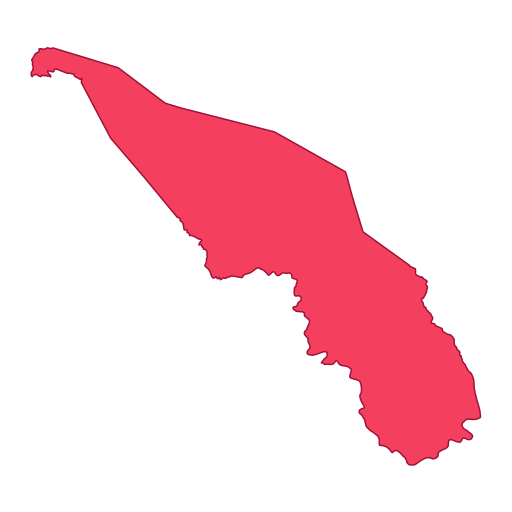 Minas de Oro, Comayagua, Honduras (Mercator projection), rotated 179°
{"feature_id": "27666195B38768397518774", "entity_name": "Minas de Oro", "entity_type": "district", "adm_level": 2, "iso_a3": "HND", "parent_name": "Honduras", "parent_adm1": "Comayagua", "projection": "mercator", "projection_center": [-87.461, 14.895], "detail": "fine", "context": "isolated", "style": "filled", "palette": "rose", "viewbox_px": 512, "rotation_deg": 179, "n_neighbors": 0, "source": "geoboundaries", "source_scale": "gbopen_adm2", "svg_char_len": 5929}
<svg xmlns="http://www.w3.org/2000/svg" viewBox="0 0 512 512"><g transform="rotate(179 256 256)"><path d="M469.0,467.0L469.4,466.1L469.1,464.7L469.3,464.3L470.0,463.7L472.0,462.8L472.9,462.2L476.7,456.2L476.7,455.0L476.1,454.3L475.9,453.8L476.2,451.6L475.4,448.7L476.1,445.5L477.3,443.7L477.5,442.9L477.6,441.3L477.1,439.6L476.7,439.3L476.4,439.8L475.5,440.7L474.2,441.1L472.4,441.3L471.5,441.0L469.6,439.6L468.1,439.1L467.9,439.1L467.2,440.3L466.7,440.5L464.7,439.9L462.9,440.2L461.2,439.4L460.1,439.7L458.5,438.7L458.1,439.1L458.2,439.7L458.7,440.6L460.3,442.2L460.5,442.7L460.7,442.9L461.0,444.6L460.5,444.7L459.7,444.7L457.6,444.0L455.4,443.7L455.0,444.0L454.2,446.1L453.8,446.4L453.2,446.4L450.9,445.9L441.9,442.1L438.1,441.8L436.1,441.1L435.0,441.3L434.4,439.2L434.0,438.7L428.9,435.8L428.4,435.8L427.1,436.4L426.9,435.5L427.0,435.1L427.4,434.9L427.6,432.5L399.3,376.4L366.7,337.0L334.0,296.0L333.2,296.0L332.6,295.7L331.4,294.8L331.3,292.7L329.1,291.0L328.6,290.1L328.2,288.6L327.4,283.5L326.4,283.2L325.3,283.4L324.6,283.1L324.3,282.5L324.7,281.1L322.6,279.6L322.2,278.8L322.1,277.8L321.9,277.6L319.7,277.6L315.6,275.6L313.6,274.2L310.7,273.6L310.2,273.1L310.0,272.8L310.1,272.4L312.1,270.2L312.7,268.9L312.8,268.1L312.6,268.0L312.0,268.3L311.2,268.5L310.8,268.3L310.2,267.4L309.7,266.0L308.5,265.1L308.5,263.8L308.2,263.7L307.1,263.6L305.9,262.9L305.4,262.0L304.7,260.0L305.0,258.1L304.8,256.9L304.5,256.0L305.5,254.4L305.7,250.6L307.0,248.3L307.2,247.5L307.2,246.9L306.9,246.4L306.3,246.1L305.2,244.9L304.0,244.0L302.2,241.1L301.0,237.3L300.3,235.9L299.8,235.2L299.1,234.8L298.3,234.8L296.1,235.8L295.7,235.5L295.1,234.1L294.3,234.0L293.4,234.2L293.1,234.9L292.7,235.0L292.0,233.0L290.8,233.5L289.1,234.8L287.2,234.1L284.0,235.5L282.5,235.7L281.3,236.3L280.4,236.5L274.9,235.5L270.7,234.6L270.1,235.0L268.6,236.9L267.8,237.7L262.0,239.3L259.5,240.9L256.5,243.1L254.9,244.0L253.9,244.3L253.2,244.1L252.4,243.3L248.7,241.7L245.6,238.7L244.5,237.1L243.8,236.6L242.9,236.9L240.4,239.3L239.0,239.9L238.3,239.9L237.8,239.5L235.8,236.6L235.3,236.3L234.6,236.1L233.8,236.1L233.0,236.4L229.4,238.8L226.0,238.2L224.2,238.4L222.5,238.4L221.5,237.7L220.6,236.3L220.4,235.4L220.5,234.1L220.3,233.5L218.8,232.7L216.6,232.2L215.8,231.5L215.4,230.9L215.0,229.3L215.2,228.9L215.7,228.6L216.0,228.1L216.5,225.3L217.7,224.1L218.1,223.2L218.5,218.5L218.3,216.6L217.8,215.8L217.1,215.3L213.2,215.5L211.5,213.5L211.4,212.6L211.7,211.6L212.3,210.5L214.7,208.6L215.2,207.6L215.6,206.2L216.4,205.1L217.7,204.6L218.7,204.6L219.3,204.4L219.8,203.9L219.9,203.2L219.7,202.6L219.4,202.1L216.8,200.1L214.6,199.7L210.2,199.3L209.2,198.8L208.7,198.1L208.7,196.3L208.4,195.2L204.4,191.6L203.8,190.6L203.6,189.4L203.8,188.3L206.0,183.5L206.5,181.8L208.5,179.7L209.0,178.6L208.8,176.6L206.4,173.9L205.4,172.4L205.3,171.9L205.5,170.4L205.3,168.9L204.0,166.5L203.6,165.2L203.6,164.0L204.1,162.4L206.0,160.3L206.5,159.4L206.6,158.5L206.3,157.5L205.9,156.9L205.1,156.5L201.3,155.8L198.2,156.4L190.4,159.0L189.0,159.2L187.8,159.0L187.1,158.5L186.7,157.8L186.5,155.6L186.7,154.6L187.5,153.4L189.3,152.1L190.2,151.2L192.3,148.5L192.4,148.1L190.4,147.5L189.6,146.5L189.2,146.4L187.0,146.7L184.2,146.3L182.4,146.3L180.5,146.9L179.7,147.7L178.3,149.4L177.7,149.8L177.1,149.8L176.3,149.1L175.0,146.7L173.9,145.8L172.1,145.0L167.7,144.3L166.8,143.9L165.2,143.2L162.8,141.1L162.7,140.5L162.8,139.4L164.3,134.4L164.4,133.8L164.1,133.0L163.6,132.5L162.7,132.0L157.1,130.4L154.7,129.3L154.2,128.6L153.1,124.9L152.8,121.3L153.0,119.0L153.1,117.6L154.5,115.2L154.5,112.9L154.1,111.4L153.0,108.4L150.4,103.7L150.3,102.9L150.7,102.1L153.5,101.2L154.8,100.4L155.6,99.2L155.5,97.8L155.3,97.2L154.1,96.0L152.6,94.6L152.3,93.8L150.5,90.9L150.0,89.5L149.9,88.5L148.9,84.3L148.4,83.2L145.6,80.3L144.1,79.1L143.0,78.4L138.8,75.2L137.2,73.6L135.9,70.6L136.1,65.5L135.7,64.6L135.2,64.4L132.8,64.3L129.8,63.3L128.4,62.5L127.6,61.9L125.4,59.8L124.0,57.7L123.2,57.1L122.9,57.1L121.3,58.6L120.3,59.1L118.9,59.0L117.2,58.4L114.4,55.7L112.6,53.5L110.7,52.0L108.9,48.6L108.7,46.8L107.1,45.1L106.1,44.5L104.0,44.5L102.4,44.2L100.3,44.8L94.6,48.7L91.8,50.2L89.5,51.1L88.3,51.3L85.9,51.3L83.1,50.2L82.4,50.1L80.6,50.4L79.1,51.2L78.1,52.0L77.6,52.8L77.2,55.7L76.6,56.8L73.8,58.5L69.4,60.4L68.6,61.0L67.7,61.8L67.1,63.1L66.7,67.5L66.2,68.3L65.5,69.0L63.4,68.8L61.1,68.0L58.9,66.9L55.7,66.3L55.0,66.4L54.5,66.8L53.8,67.8L53.0,69.6L52.1,70.3L50.6,70.2L46.7,68.6L44.9,68.9L43.7,69.6L42.6,71.9L42.7,72.7L43.1,73.4L44.4,74.8L46.4,76.2L47.6,77.4L51.3,79.8L52.6,81.7L53.1,83.2L52.6,84.9L52.0,85.9L49.4,88.3L48.3,88.9L46.4,89.2L42.4,88.8L39.1,88.9L36.9,89.5L36.1,89.8L35.4,90.4L34.5,90.6L34.4,92.5L34.9,97.7L36.1,102.6L37.0,105.6L38.5,111.9L39.2,114.6L40.1,119.9L40.4,127.1L40.7,128.8L41.2,130.9L42.7,134.6L43.8,135.9L44.8,136.5L45.8,137.6L46.5,139.2L47.8,141.3L48.9,144.0L50.1,145.2L51.1,146.6L51.6,147.8L51.8,149.5L52.7,151.4L52.6,152.5L53.8,153.3L54.2,153.8L53.8,155.9L54.0,156.5L54.7,157.5L56.7,159.1L57.0,160.9L58.6,162.9L59.1,163.7L59.4,165.8L59.2,168.6L59.8,170.3L60.2,170.8L62.6,173.6L66.0,174.5L70.1,177.1L70.6,177.6L71.1,180.0L71.4,180.3L76.9,182.8L77.8,183.6L78.5,184.8L79.3,185.4L81.8,185.8L82.3,186.1L82.0,187.3L80.6,189.6L80.5,191.6L81.6,193.2L82.4,195.4L84.3,196.7L84.5,197.1L84.7,197.9L85.9,198.4L86.8,200.0L87.2,201.7L88.4,201.9L88.7,202.2L88.9,203.1L89.4,203.9L89.7,206.1L90.8,207.7L91.3,210.0L91.2,210.4L90.9,210.6L89.6,210.8L89.3,211.0L86.2,216.8L85.9,218.2L85.8,219.6L85.2,220.7L85.1,221.7L85.3,222.7L86.5,224.4L86.6,225.1L86.4,225.9L85.4,227.4L85.5,227.9L86.0,228.5L88.4,230.0L90.3,232.1L91.8,232.1L95.3,233.8L96.3,234.6L96.8,235.4L96.7,239.7L97.1,240.6L102.3,242.9L102.8,243.4L102.6,243.9L148.6,278.3L158.6,313.4L164.5,337.1L165.3,338.7L235.2,379.7L329.2,405.5L344.2,410.4L390.4,446.6L454.7,467.4L456.2,467.5L457.2,467.0L457.9,467.0L460.8,467.8L461.6,467.5L462.8,466.8L464.1,466.5L465.9,466.5L466.9,467.0L469.0,467.0Z" fill="#f43f5e" stroke="#9f1239" stroke-width="1.5"/></g></svg>